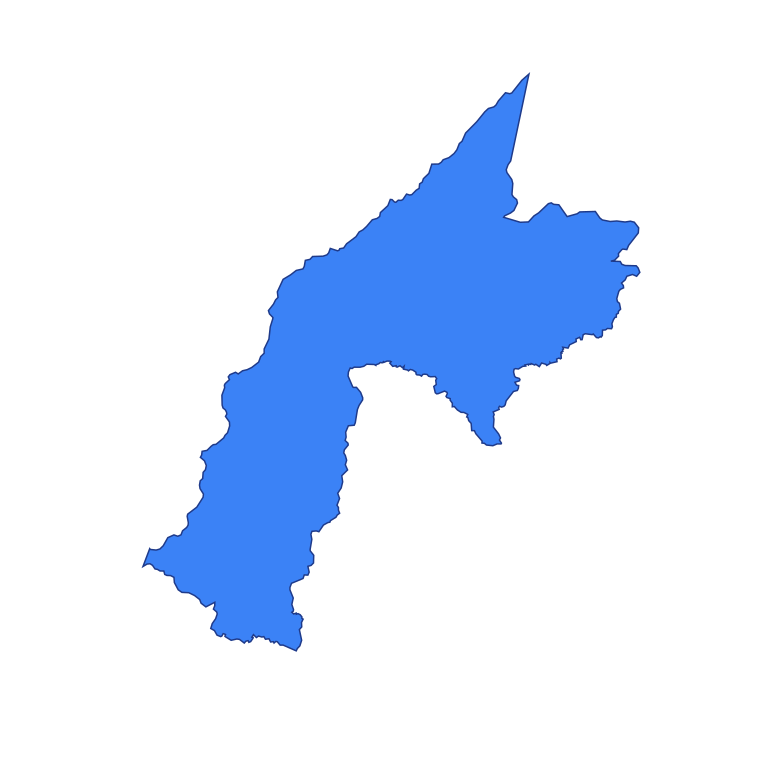 Belmira, Antioquia, Colombia (Albers equal-area conic projection), rotated 53°
{"feature_id": "7082276B19513801384430", "entity_name": "Belmira", "entity_type": "district", "adm_level": 2, "iso_a3": "COL", "parent_name": "Colombia", "parent_adm1": "Antioquia", "projection": "albers", "projection_center": [-75.634, 6.646], "detail": "fine", "context": "isolated", "style": "filled", "palette": "blue", "viewbox_px": 768, "rotation_deg": 53, "n_neighbors": 0, "source": "geoboundaries", "source_scale": "gbopen_adm2", "svg_char_len": 6163}
<svg xmlns="http://www.w3.org/2000/svg" viewBox="0 0 768 768"><g transform="rotate(53 384 384)"><path d="M374.5,670.2L384.7,686.3L385.2,681.6L386.8,679.0L389.5,678.0L393.9,678.2L395.7,676.5L398.5,675.4L400.9,672.4L404.1,673.7L406.2,672.6L408.6,669.7L412.0,668.1L416.4,670.9L424.5,672.2L428.8,670.8L433.2,665.5L438.9,662.6L445.2,660.9L449.0,662.0L454.8,660.4L456.5,650.5L459.3,652.7L461.1,655.7L465.4,654.8L467.3,655.6L470.1,659.7L472.0,665.4L475.0,669.5L478.9,667.8L484.1,668.5L487.5,666.4L487.7,665.1L486.6,662.7L487.2,662.2L488.7,661.3L489.8,662.9L490.6,662.7L496.7,660.3L499.1,655.0L501.0,653.1L506.8,651.5L506.3,649.1L506.9,647.5L507.2,647.0L509.0,647.4L509.5,645.5L508.2,641.6L507.7,641.1L506.7,641.9L505.6,639.1L509.7,638.5L509.8,635.9L512.6,633.8L513.4,632.0L516.5,632.3L518.2,629.2L521.8,629.8L523.2,627.4L524.7,627.7L524.5,625.3L525.6,624.3L530.0,624.1L531.8,621.7L544.3,614.7L543.1,612.4L542.5,608.8L539.1,604.0L529.2,599.4L528.5,595.9L524.8,593.4L523.1,590.1L521.9,590.7L520.5,589.7L517.8,589.8L515.6,590.9L515.1,592.6L514.1,592.0L513.3,594.5L510.8,595.0L510.8,593.1L509.7,592.0L504.6,590.3L500.3,585.3L491.8,583.0L489.9,581.6L487.5,577.8L490.6,565.7L488.5,562.6L490.8,559.8L489.2,557.0L483.8,554.5L485.0,551.4L484.5,548.0L478.5,543.2L472.9,543.3L471.7,542.6L464.6,535.1L460.0,532.8L458.3,530.2L460.6,526.5L462.8,524.9L460.2,517.2L460.9,512.2L461.8,510.4L460.9,509.0L461.5,502.5L460.5,500.2L460.5,497.2L457.3,496.3L455.2,494.7L452.5,494.5L448.7,488.4L443.4,486.7L441.3,480.8L437.3,475.9L431.8,472.9L430.7,464.8L425.2,463.5L422.4,459.7L417.8,457.9L414.8,457.6L412.7,455.3L411.2,449.3L409.6,448.4L405.7,449.0L403.6,446.2L399.4,443.6L395.9,437.6L399.0,432.6L397.7,430.3L388.4,420.6L386.1,416.8L383.8,410.6L382.2,409.3L376.6,407.7L370.1,408.0L368.4,410.4L367.4,410.7L356.0,407.9L353.0,405.2L350.9,401.4L352.4,400.2L352.6,397.7L356.2,393.0L357.7,389.5L357.8,385.9L362.5,380.1L364.3,379.3L363.8,378.7L364.7,376.0L364.6,374.0L366.0,372.7L365.9,371.0L366.6,371.2L367.5,367.8L369.3,365.5L370.5,364.9L370.8,366.8L375.2,366.4L376.7,363.3L377.5,363.9L378.4,363.4L379.1,360.2L382.2,359.4L381.9,357.3L383.9,359.5L387.1,356.7L388.2,356.6L388.2,354.3L390.1,352.7L393.8,351.4L395.3,352.4L396.5,352.2L398.3,350.1L400.3,349.3L399.7,347.3L400.6,345.6L402.4,343.8L404.6,343.7L406.3,342.4L408.9,338.6L411.5,338.7L412.1,340.4L415.9,342.6L415.9,345.7L421.8,348.3L423.5,347.9L424.3,346.6L426.1,339.9L428.5,338.7L429.8,339.2L431.2,341.9L432.7,341.9L435.5,339.9L436.7,340.9L440.5,341.0L443.3,343.2L444.3,341.4L448.9,341.0L453.0,339.5L454.8,337.3L458.7,335.4L460.1,337.8L461.2,337.2L464.2,338.4L467.9,338.1L474.0,342.0L475.7,339.9L479.0,340.6L488.6,340.0L490.1,341.3L491.8,339.5L494.4,338.9L498.8,334.2L499.9,329.8L502.3,326.6L501.9,325.8L498.2,325.5L497.2,323.4L492.8,322.5L484.3,322.6L478.3,317.4L475.7,316.1L474.8,314.5L472.0,313.6L473.6,307.3L472.0,306.8L471.3,305.2L473.2,304.0L474.0,301.7L473.6,299.8L471.0,296.6L467.9,285.1L469.4,281.4L468.4,279.4L466.3,277.4L464.7,278.8L461.4,278.4L463.0,273.8L462.2,272.7L461.0,272.6L457.8,274.9L456.2,274.9L452.4,273.3L450.5,271.3L450.8,269.8L452.9,267.6L453.4,262.6L454.9,260.1L453.6,260.0L454.9,257.2L455.8,257.1L455.4,256.1L456.7,255.0L456.2,254.2L459.5,252.3L459.6,250.9L463.6,249.5L462.1,245.5L465.8,242.8L467.1,242.9L467.5,239.1L466.8,238.5L467.6,238.5L470.3,232.4L468.0,231.1L468.6,228.7L470.1,228.0L470.1,226.9L465.6,223.9L466.3,223.3L465.1,222.7L465.6,221.5L464.1,220.8L464.1,219.6L462.2,219.1L466.1,215.4L464.4,212.1L465.8,204.9L463.6,203.6L464.4,199.7L467.1,200.2L467.8,199.1L464.5,195.2L465.0,193.0L469.9,188.0L470.0,186.8L474.7,186.4L476.2,185.0L476.4,182.6L477.2,182.4L476.7,180.5L472.5,177.1L474.1,174.5L474.1,172.2L476.8,169.0L475.8,167.2L473.0,165.7L470.7,162.0L469.8,159.5L470.4,158.2L468.2,156.5L468.5,154.3L467.1,153.1L466.6,150.0L461.2,147.4L458.7,148.0L455.9,146.7L451.3,140.7L450.7,138.3L451.4,134.8L449.4,133.6L446.3,133.6L446.0,128.7L444.1,125.2L446.1,119.6L450.0,117.4L448.8,112.5L444.2,111.2L441.4,111.4L434.4,120.2L431.5,122.0L428.3,121.6L422.4,128.9L423.9,125.3L423.1,119.7L420.9,118.3L419.8,113.2L420.0,112.0L422.8,109.2L420.5,105.2L416.4,90.0L412.5,86.6L405.4,86.7L402.3,89.2L399.7,94.0L393.9,100.0L390.4,105.5L384.4,110.9L381.3,111.7L373.4,111.4L364.4,124.1L364.3,127.3L360.5,137.0L346.1,136.5L342.6,140.4L340.0,141.4L338.9,144.2L340.4,157.5L340.0,163.1L341.5,171.1L336.9,177.8L322.9,188.1L322.3,186.4L323.6,180.0L323.6,175.8L319.8,168.5L316.6,167.1L312.4,168.1L309.7,167.8L301.4,160.5L297.6,158.9L289.1,158.6L286.4,157.4L283.5,152.9L282.1,148.6L223.7,81.7L224.4,91.1L228.5,106.8L227.8,108.9L224.5,111.7L226.7,122.1L228.6,126.7L228.8,129.6L226.8,134.8L227.3,139.7L230.4,152.2L232.7,167.8L237.1,175.6L237.3,179.1L240.8,184.8L242.1,189.4L242.3,195.9L240.5,201.8L241.4,204.8L241.2,208.0L237.2,213.5L242.8,221.4L243.7,228.9L245.8,232.0L245.6,235.1L248.9,238.2L248.6,241.6L249.5,247.8L248.6,249.7L245.9,251.7L248.0,257.9L247.7,259.8L245.8,262.0L246.0,265.2L245.0,266.1L241.6,266.6L240.4,267.9L243.9,273.6L244.9,283.7L247.6,286.6L247.6,289.9L245.8,294.5L247.7,303.2L248.2,308.1L247.6,312.3L249.5,317.7L249.5,329.5L251.1,334.4L249.3,337.9L250.1,339.4L249.7,340.9L243.4,345.3L246.0,349.3L246.5,351.9L245.2,355.8L239.2,364.3L239.9,368.1L237.9,372.4L242.1,376.9L243.3,379.5L240.5,385.7L240.6,393.0L239.7,401.6L246.2,413.7L251.1,416.6L251.6,420.0L253.7,424.2L255.8,432.1L259.1,433.3L264.0,432.7L265.0,433.6L269.9,440.4L278.9,448.9L283.9,458.6L287.3,461.2L287.9,466.0L291.1,471.0L291.2,479.7L290.2,484.7L288.3,489.0L288.2,494.4L285.3,495.5L283.8,501.4L284.6,504.1L287.5,504.8L288.1,510.6L288.9,512.2L291.1,513.5L295.4,520.2L303.5,526.0L306.3,527.0L309.1,526.3L311.6,526.7L313.4,527.6L314.5,530.1L321.3,530.3L324.6,532.5L328.8,538.3L329.3,541.8L330.6,544.5L331.1,554.4L329.7,556.9L329.7,559.5L330.5,565.3L328.3,569.8L331.0,572.4L332.1,574.8L337.3,573.6L342.2,575.0L345.0,578.2L345.7,581.6L350.4,585.7L350.7,589.0L353.7,592.2L356.9,593.9L363.2,594.4L365.6,596.7L369.7,607.6L369.8,619.1L371.2,620.8L377.1,623.8L378.9,625.5L379.8,627.9L380.0,633.2L382.3,636.9L381.5,640.3L378.1,642.6L376.6,649.1L380.3,657.6L380.9,662.3L379.5,665.9L375.5,670.2L374.5,670.2Z" fill="#3b82f6" stroke="#1e3a8a" stroke-width="1.5"/></g></svg>